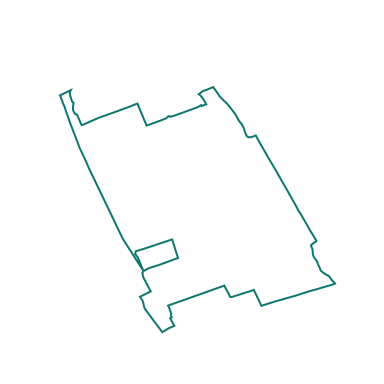 Grivita, Galati, Romania (orthographic projection), rotated 155°
{"feature_id": "2599482B77537188283397", "entity_name": "Grivita", "entity_type": "district", "adm_level": 2, "iso_a3": "ROU", "parent_name": "Romania", "parent_adm1": "Galati", "projection": "orthographic", "projection_center": [27.661, 45.694], "detail": "fine", "context": "isolated", "style": "outline", "palette": "teal", "viewbox_px": 384, "rotation_deg": 155, "n_neighbors": 0, "source": "geoboundaries", "source_scale": "gbopen_adm2", "svg_char_len": 3053}
<svg xmlns="http://www.w3.org/2000/svg" viewBox="0 0 384 384"><g transform="rotate(155 192 192)"><path d="M275.2,242.8L275.2,239.2L275.1,235.6L274.5,179.0L271.6,157.5L269.4,141.4L268.8,156.1L269.7,160.0L267.9,162.1L260.3,160.9L255.8,160.4L250.8,159.8L242.8,158.9L236.1,158.1L233.5,157.8L230.1,157.5L230.0,157.4L230.4,154.4L231.4,147.3L232.2,140.7L232.5,138.1L235.0,138.3L253.6,139.9L261.9,141.1L263.9,141.2L269.4,140.8L271.3,139.6L272.2,135.2L271.4,119.3L283.5,119.0L283.1,117.0L282.8,114.8L282.8,113.4L284.1,107.0L283.9,105.5L282.6,98.7L281.2,92.0L278.1,77.5L277.1,77.6L269.4,78.5L268.5,78.2L264.6,78.2L264.8,81.4L265.2,86.7L263.4,86.8L263.4,88.5L262.2,90.6L261.8,94.2L261.6,98.0L261.7,99.1L260.9,99.1L251.9,98.2L202.3,93.5L202.0,87.3L201.8,83.8L201.7,82.8L201.9,82.3L201.8,81.9L201.9,81.2L201.2,80.7L200.9,80.1L191.7,78.9L185.1,78.1L183.4,77.7L177.3,77.2L177.2,59.5L176.5,59.4L168.6,58.4L163.8,57.8L160.4,57.3L157.8,56.8L152.5,56.0L149.5,55.5L142.2,54.3L138.8,53.9L133.6,53.2L132.2,53.0L131.1,52.9L127.6,52.4L120.1,51.2L115.8,50.6L112.8,50.1L107.2,49.2L101.2,48.5L101.5,50.6L102.6,53.1L102.9,55.1L103.1,56.4L103.4,57.6L103.6,58.1L104.0,58.8L105.0,60.0L106.5,62.3L107.6,64.4L108.5,66.2L108.3,69.7L108.4,72.3L108.1,76.3L108.7,80.1L109.1,82.1L109.0,82.8L108.6,84.8L107.8,87.0L107.0,89.3L106.9,90.8L106.9,92.3L106.8,93.3L106.3,93.7L104.6,94.0L99.9,95.0L100.3,99.6L101.1,106.2L101.7,114.0L102.4,121.2L102.7,124.8L102.9,126.7L103.1,128.2L103.3,129.0L103.4,129.9L103.6,134.7L104.1,142.2L104.9,152.2L106.0,164.4L106.8,175.5L108.4,191.3L109.0,199.2L109.4,203.8L109.7,207.5L110.0,210.7L110.3,216.3L113.5,216.5L115.9,216.9L117.9,217.9L117.9,218.3L118.6,219.3L118.8,219.9L118.6,224.7L118.2,226.7L118.1,228.7L118.2,230.5L118.3,233.1L118.8,234.2L119.3,236.6L119.5,237.9L119.6,240.0L119.7,243.3L120.3,246.0L120.9,249.0L121.4,251.2L121.9,253.5L122.2,254.5L122.6,256.0L123.0,257.6L123.2,258.0L123.9,259.8L124.8,262.0L125.2,263.1L125.9,265.3L126.8,267.8L126.8,269.3L127.3,271.9L128.0,275.7L128.4,277.7L128.5,278.1L129.4,278.2L135.5,278.4L139.0,278.9L141.2,278.4L144.6,277.8L144.0,276.8L143.2,274.8L142.5,271.4L142.2,267.7L142.1,265.4L144.8,265.7L147.0,265.9L146.9,266.3L146.9,266.8L147.2,266.8L149.0,266.8L149.3,266.7L150.0,266.5L150.7,266.5L152.7,266.6L176.1,268.7L178.4,269.1L179.2,269.3L180.0,269.4L180.6,270.4L181.8,270.5L184.1,269.7L186.8,269.8L189.8,270.0L205.1,271.4L204.1,295.2L205.9,295.4L206.0,295.4L212.3,295.7L228.9,297.1L231.6,297.4L245.9,298.7L246.1,298.7L247.2,298.7L263.6,299.1L263.8,300.7L263.6,307.0L263.4,310.5L265.0,312.3L265.2,313.8L265.1,316.8L264.7,318.0L263.6,319.9L261.6,323.1L262.1,323.6L262.4,324.0L262.3,325.6L262.2,327.3L261.8,329.5L261.6,331.2L261.0,332.9L260.7,333.7L260.3,334.3L258.8,335.5L267.4,335.4L270.9,335.4L270.8,334.2L270.8,333.8L271.0,332.3L271.0,330.3L271.2,328.5L271.4,327.2L271.5,325.4L271.5,323.3L271.5,322.6L271.7,321.4L272.2,317.3L272.8,311.0L273.4,304.6L274.2,292.9L275.2,279.4L275.2,271.0L275.1,265.5L275.4,255.6L275.3,246.9L275.2,244.1L275.2,243.6L275.2,242.8Z" fill="none" stroke="#0f766e" stroke-width="2"/></g></svg>